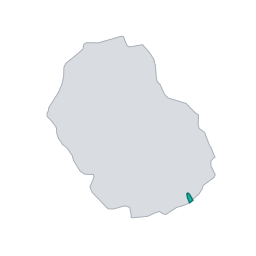 where Vevčani sits in North Macedonia, rotated 251°
{"feature_id": "MKD-2895", "entity_name": "Vevčani", "entity_type": "Statistical Region", "adm_level": 1, "iso_a3": "MKD", "parent_name": "North Macedonia", "parent_adm1": "", "projection": "equal_earth", "projection_center": [20.565, 41.232], "detail": "fine", "context": "in_parent", "style": "filled", "palette": "teal", "viewbox_px": 256, "rotation_deg": 251, "n_neighbors": 0, "source": "natural_earth", "source_scale": "10m", "svg_char_len": 1249}
<svg xmlns="http://www.w3.org/2000/svg" viewBox="0 0 256 256"><g transform="rotate(251 128 128)"><path d="M115.6,65.9L119.7,66.4L128.6,64.0L134.1,60.6L136.9,60.1L140.6,58.8L146.0,58.9L151.5,60.4L158.4,58.5L165.2,55.3L167.9,56.1L170.9,58.8L172.9,59.5L184.3,73.8L190.6,79.6L197.9,84.0L206.3,87.2L209.4,90.3L214.9,105.5L217.5,111.3L221.0,113.0L221.9,114.7L222.1,116.9L218.2,127.6L216.9,151.7L215.9,153.6L211.7,153.5L206.2,154.0L204.1,155.9L202.0,168.9L193.1,172.6L185.0,174.7L178.1,174.2L166.0,171.1L162.1,170.8L158.7,172.5L148.0,173.5L143.3,175.7L132.3,190.9L121.1,196.2L117.3,198.9L108.7,195.5L104.6,195.1L98.6,199.0L85.6,199.4L82.1,200.1L72.0,200.7L71.6,198.6L69.7,195.5L65.1,194.1L55.5,195.3L53.2,193.1L49.2,180.2L46.1,178.1L42.7,173.8L36.9,159.8L36.7,153.6L37.1,148.3L33.9,135.7L35.9,132.6L38.9,130.6L38.9,125.5L38.1,117.9L41.6,102.9L42.6,101.8L43.5,102.5L52.0,103.7L54.2,101.8L55.6,98.8L56.1,87.9L58.1,82.8L78.8,73.2L84.8,72.8L89.5,77.3L93.2,80.1L95.5,80.0L96.2,77.2L98.7,71.7L103.0,68.6L115.5,65.9L115.6,65.9Z" fill="#d9dde1" stroke="#a8b0b8" stroke-width="1"/><path d="M38.6,165.8L37.7,163.3L37.3,161.9L42.7,161.6L44.9,161.9L46.7,162.3L47.0,163.0L46.6,163.9L44.7,164.7L38.6,165.8Z" fill="#14b8a6" stroke="#0f766e" stroke-width="1.5"/></g></svg>